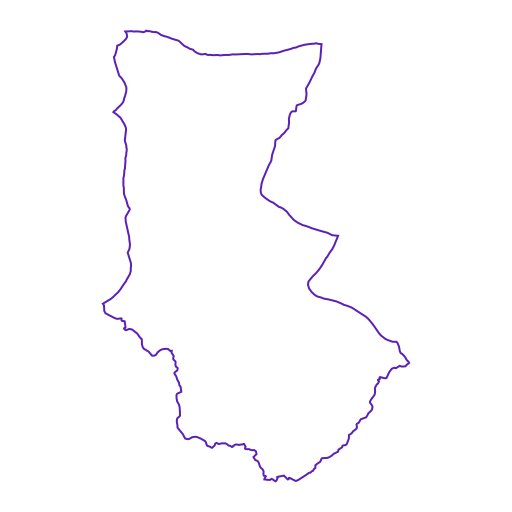 outline of Gogne, Gash Barka, Eritrea
{"feature_id": "51966322B22104639237429", "entity_name": "Gogne", "entity_type": "district", "adm_level": 2, "iso_a3": "ERI", "parent_name": "Eritrea", "parent_adm1": "Gash Barka", "projection": "albers", "projection_center": [37.411, 15.143], "detail": "fine", "context": "isolated", "style": "outline", "palette": "violet", "viewbox_px": 512, "rotation_deg": 0, "n_neighbors": 0, "source": "geoboundaries", "source_scale": "gbopen_adm2", "svg_char_len": 6033}
<svg xmlns="http://www.w3.org/2000/svg" viewBox="0 0 512 512"><path d="M338.1,235.8L332.2,235.2L327.5,232.8L320.9,231.0L311.7,228.2L308.9,227.0L304.6,225.6L302.9,225.2L297.4,222.5L293.8,219.9L289.4,215.1L286.9,211.7L283.3,208.8L280.5,207.3L279.1,207.0L273.1,202.6L270.9,201.7L268.7,200.4L264.8,197.6L262.3,195.4L261.5,194.4L260.9,192.7L260.7,191.5L260.7,189.2L261.1,187.5L261.5,183.9L263.1,178.8L268.9,165.1L270.8,161.7L271.3,160.5L272.2,154.6L275.0,146.2L275.4,140.5L276.1,139.7L279.2,138.0L280.2,137.1L281.7,135.2L284.3,132.9L286.6,129.9L288.3,128.3L289.1,122.3L288.9,118.7L289.9,114.5L290.7,112.9L291.5,111.8L292.5,111.3L295.6,111.3L295.9,111.0L296.3,107.5L296.7,105.7L297.2,105.1L300.9,104.0L302.9,103.0L305.2,101.1L305.7,100.1L306.4,95.5L306.5,93.8L306.0,88.5L309.5,82.5L312.3,76.5L314.3,73.0L316.0,68.6L318.7,64.5L319.4,62.8L320.4,58.2L321.5,44.1L318.5,43.9L316.0,43.2L314.9,43.6L309.7,44.0L304.4,44.8L298.5,46.4L296.1,47.5L293.3,47.9L291.0,48.9L283.5,50.8L279.6,52.2L277.4,52.7L273.4,53.3L270.8,53.2L268.3,53.7L261.9,53.8L260.1,54.2L257.3,54.0L251.7,54.4L246.8,53.9L234.7,54.5L233.5,54.3L228.4,55.0L225.1,54.9L220.4,55.4L217.5,55.0L213.4,55.2L209.2,54.8L208.2,55.0L206.9,54.7L205.6,53.9L202.1,54.4L200.9,54.3L197.2,53.1L194.4,51.2L193.0,49.7L189.6,48.7L187.4,47.3L184.4,46.0L179.4,41.4L178.2,40.6L172.1,38.8L167.1,36.8L164.8,36.3L160.9,34.9L158.0,32.8L155.8,32.0L155.0,32.2L151.9,31.8L149.5,31.1L147.2,31.1L146.7,30.7L146.1,30.7L145.6,31.3L143.5,32.2L139.2,31.5L135.4,31.4L134.8,31.6L131.2,31.2L125.3,31.5L126.4,33.1L126.8,34.4L127.1,36.8L126.7,37.7L125.9,39.0L123.5,41.5L120.1,44.5L117.2,45.7L117.0,48.2L115.9,52.6L115.1,55.2L114.2,56.7L113.9,57.0L115.1,62.5L118.9,74.7L119.4,75.9L121.8,78.4L124.3,82.3L126.3,87.2L126.4,89.1L126.2,91.5L125.1,95.9L124.2,98.2L123.8,100.3L123.0,102.3L121.0,104.8L117.0,108.6L115.9,110.1L113.8,111.4L113.4,112.1L116.8,114.5L120.6,117.9L124.7,124.8L125.7,127.3L126.1,129.4L124.8,140.5L126.3,145.6L126.4,147.6L126.7,148.5L126.7,150.7L126.3,153.0L126.2,155.1L125.3,158.6L125.5,160.5L124.9,168.6L124.5,169.6L124.0,175.6L123.4,178.3L123.4,185.7L123.8,187.4L124.0,193.9L125.0,197.0L126.0,199.3L128.0,206.3L129.5,208.3L129.7,209.0L129.7,209.6L129.1,210.8L126.1,215.9L125.5,217.7L125.8,221.9L129.1,236.7L129.3,239.6L130.0,244.4L129.5,248.8L127.7,252.6L130.9,263.0L131.1,265.0L130.7,269.2L130.8,270.8L129.8,274.3L126.6,279.8L126.1,281.1L123.5,284.6L120.4,289.4L117.8,292.6L114.5,295.6L113.3,296.9L110.7,299.0L102.9,303.7L104.0,305.3L104.3,311.0L105.5,313.3L113.7,317.6L115.8,318.5L117.7,318.9L120.3,318.4L121.5,318.5L121.5,320.2L121.9,320.8L124.7,321.3L125.5,327.3L125.4,327.7L124.2,328.1L124.0,328.4L124.3,328.9L125.1,329.8L126.2,330.2L129.3,328.9L131.7,329.4L132.6,329.9L137.2,333.5L139.6,337.0L140.8,338.4L141.6,338.9L141.9,340.5L141.9,344.3L142.6,346.8L143.9,348.8L144.3,349.2L145.7,349.7L146.3,350.3L148.5,351.5L152.1,355.7L154.1,355.7L155.4,355.1L156.0,354.8L157.6,352.4L159.3,350.9L160.6,350.0L162.5,349.2L165.3,348.9L167.2,348.9L168.2,349.1L170.4,351.0L171.7,350.8L171.6,352.8L173.7,356.0L173.2,358.4L173.4,359.5L175.4,361.4L175.6,362.3L175.4,364.4L175.8,366.5L177.5,367.8L177.7,368.5L177.6,369.4L176.9,370.8L175.7,371.5L174.5,372.7L174.4,373.6L176.2,376.3L177.3,379.7L179.0,382.8L179.4,385.3L180.3,386.3L180.8,387.7L181.3,391.8L177.4,393.6L176.9,394.1L176.5,395.1L176.5,397.6L177.1,401.3L178.7,404.0L179.3,405.7L179.6,407.1L179.9,411.1L180.0,415.7L179.6,416.3L177.4,418.2L177.1,418.9L176.8,420.5L176.9,422.7L177.5,425.5L177.4,427.1L177.7,427.9L182.9,434.2L185.0,438.4L186.8,439.0L188.1,439.2L189.2,438.9L192.0,437.3L194.6,436.8L196.5,436.9L197.7,437.3L200.8,438.6L205.0,441.0L206.0,442.5L206.5,444.4L207.2,445.7L207.9,446.1L209.9,446.6L211.3,447.6L212.1,447.8L214.6,445.5L215.3,443.5L216.6,442.9L218.9,444.1L221.4,443.4L225.3,443.3L227.3,444.4L228.4,445.5L230.2,445.9L232.0,447.0L232.5,446.9L233.1,446.0L233.9,445.7L234.4,445.0L235.7,444.5L237.8,444.6L238.9,445.0L240.3,444.6L242.3,444.5L243.5,443.9L244.1,444.0L245.6,446.9L245.0,448.2L245.4,449.0L247.1,449.2L249.0,449.1L250.3,449.8L251.2,450.1L254.3,450.1L256.0,451.5L256.5,454.1L253.5,457.0L253.8,457.8L255.5,460.2L256.8,460.6L257.9,461.3L258.6,462.5L260.1,466.8L260.7,467.7L262.5,469.2L263.3,470.7L263.6,471.6L263.4,474.2L263.7,475.4L263.8,475.7L265.5,475.9L265.8,476.4L264.3,479.1L264.3,479.4L268.1,479.9L270.4,479.8L271.5,478.9L272.6,479.2L273.3,479.9L275.5,481.3L276.2,480.8L277.0,479.5L277.6,477.9L277.1,477.1L277.4,476.9L283.9,475.6L287.7,479.4L288.4,479.3L288.9,478.8L289.0,478.0L289.7,477.9L295.5,480.9L296.2,480.9L298.2,480.0L306.3,474.8L309.0,472.8L310.3,472.7L311.8,471.3L313.1,470.7L313.8,469.2L315.3,468.0L315.4,465.3L317.3,463.7L320.0,461.9L320.5,461.3L321.6,458.5L322.3,458.2L327.2,457.9L328.8,457.4L331.7,455.7L333.7,453.8L338.0,451.7L338.4,450.8L338.3,450.1L338.5,449.6L342.1,447.3L342.5,445.8L342.9,445.5L345.5,445.1L346.7,444.2L348.8,438.7L349.0,435.0L351.5,433.4L353.2,431.2L355.6,429.5L356.7,428.2L357.0,427.1L356.5,424.7L356.9,423.8L358.8,422.7L360.7,419.3L366.2,417.3L368.0,414.2L368.1,413.6L371.4,410.4L372.1,409.3L372.5,406.5L371.9,405.2L370.3,403.1L369.9,402.0L370.0,401.6L370.8,400.0L374.6,394.7L374.9,393.5L375.1,391.6L374.9,388.8L375.2,387.3L376.8,384.4L377.9,383.6L379.0,381.5L378.9,381.1L378.0,380.2L378.0,379.9L378.6,379.4L379.5,379.2L379.8,378.9L379.6,378.0L379.9,377.9L380.1,377.1L385.0,378.3L386.5,378.0L389.2,372.2L391.7,368.8L394.3,367.7L395.9,368.2L399.8,365.8L401.7,366.6L405.5,366.3L406.7,364.8L409.1,363.0L408.6,361.9L406.4,359.6L405.8,358.2L404.3,356.1L402.1,353.8L401.6,353.7L400.6,353.0L399.8,351.1L399.0,346.6L397.5,343.0L397.1,342.5L396.4,341.8L392.4,341.7L387.4,339.9L385.2,338.8L381.0,335.5L379.2,333.5L372.9,324.4L368.6,319.2L366.3,317.0L351.6,307.5L347.0,305.7L343.7,304.8L342.9,304.2L336.7,301.5L328.5,299.4L323.8,298.6L321.1,297.5L317.1,296.4L314.6,294.8L311.6,292.0L309.1,288.5L308.0,284.9L308.2,282.7L308.7,281.2L313.1,275.9L316.1,273.1L319.7,268.7L322.4,264.6L326.1,258.0L327.1,257.0L329.9,252.3L332.3,249.1L334.1,245.6L338.1,235.8Z" fill="none" stroke="#5b21b6" stroke-width="2"/></svg>